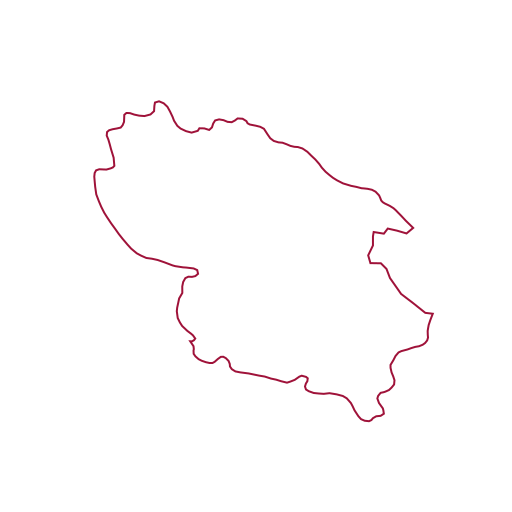 outline of Krychaw, Mogilev, Belarus, rotated 32°
{"feature_id": "67162791B56678014739115", "entity_name": "Krychaw", "entity_type": "district", "adm_level": 2, "iso_a3": "BLR", "parent_name": "Belarus", "parent_adm1": "Mogilev", "projection": "natural_earth1", "projection_center": [31.63, 53.734], "detail": "fine", "context": "isolated", "style": "outline", "palette": "rose", "viewbox_px": 512, "rotation_deg": 32, "n_neighbors": 0, "source": "geoboundaries", "source_scale": "gbopen_adm2", "svg_char_len": 3256}
<svg xmlns="http://www.w3.org/2000/svg" viewBox="0 0 512 512"><g transform="rotate(32 256 256)"><path d="M436.5,211.3L429.7,214.5L414.1,212.7L399.2,211.3L381.3,203.7L373.5,197.8L365.8,196.0L356.8,201.4L350.8,196.0L349.6,185.1L344.8,177.4L343.1,173.3L352.6,169.3L353.2,162.9L362.1,159.8L371.7,157.1L374.4,148.9L364.3,146.7L358.0,145.0L353.4,143.9L350.2,143.1L347.3,142.6L343.0,142.6L340.9,142.8L337.4,143.2L335.0,143.2L332.8,142.6L330.7,141.0L328.3,139.4L323.3,138.1L319.2,138.4L315.0,139.9L311.7,141.5L309.6,142.6L304.5,144.2L299.5,146.1L291.4,148.3L284.6,148.9L279.8,148.9L275.2,148.4L270.4,147.7L265.0,146.2L261.0,144.5L255.1,142.7L249.6,141.6L244.3,140.4L238.4,140.2L233.8,141.4L230.6,143.1L226.8,144.4L222.8,145.0L218.4,145.9L214.9,147.7L210.1,149.0L205.7,148.6L201.5,146.8L195.3,143.9L191.1,144.2L186.8,145.6L181.0,147.8L178.5,147.9L176.4,146.7L171.9,146.7L169.5,148.0L167.5,149.1L166.3,152.3L164.5,155.4L160.8,157.3L156.5,158.0L152.3,159.7L149.5,162.7L149.5,166.3L150.5,170.3L149.5,173.9L144.5,175.2L140.3,177.7L140.3,180.7L136.0,185.5L130.5,187.2L124.5,187.9L120.3,187.3L114.8,184.7L111.5,182.2L106.5,179.0L101.8,176.4L96.8,175.4L91.8,176.2L89.0,179.4L90.3,182.6L92.8,187.2L91.5,191.9L87.3,196.4L82.5,198.9L77.8,200.6L73.5,201.6L72.0,202.4L70.3,203.4L69.5,206.1L70.9,208.5L73.0,212.2L73.6,215.8L73.2,218.8L70.3,221.7L67.2,224.5L64.8,227.2L64.0,229.8L65.6,233.0L69.1,235.5L72.8,238.8L76.3,242.1L83.2,248.1L86.5,252.5L88.1,254.6L87.7,256.7L86.4,258.6L83.3,262.0L80.3,263.7L77.1,265.5L75.0,268.1L75.2,271.1L76.8,274.4L79.8,278.4L83.0,282.6L87.9,288.4L93.7,292.8L98.7,296.3L104.3,299.7L108.6,301.8L115.9,305.1L121.9,307.5L128.1,310.1L133.7,312.1L140.9,314.4L146.2,315.9L153.4,316.9L158.3,316.6L164.0,315.8L169.1,313.5L174.7,311.5L181.6,309.9L190.2,308.2L192.9,307.4L200.1,304.3L202.9,302.8L209.7,299.6L213.6,299.1L216.3,301.8L215.2,305.2L212.8,307.6L209.6,309.4L207.8,312.2L208.0,316.6L209.6,320.9L213.1,326.4L213.3,332.7L214.7,336.5L216.5,341.5L218.1,344.8L222.5,350.1L226.7,352.7L230.5,354.5L237.4,355.9L242.1,356.3L244.6,356.7L248.2,358.2L248.0,360.4L246.9,362.3L245.4,363.2L250.8,365.6L252.6,367.9L253.2,369.4L255.0,372.0L257.8,373.2L262.0,373.9L265.5,373.6L269.8,372.6L273.2,371.4L275.8,369.8L277.0,367.7L278.2,363.6L279.6,360.2L281.6,358.8L284.5,358.6L288.3,359.5L290.9,361.4L292.5,363.5L295.5,364.8L299.7,364.8L304.4,363.0L312.0,359.5L322.0,355.8L327.3,353.6L333.7,352.0L338.6,350.2L343.6,348.9L349.4,347.0L351.6,344.4L354.5,340.5L356.7,335.3L358.2,333.3L362.5,332.0L364.7,332.3L365.9,335.0L365.9,337.7L366.7,340.7L369.1,342.7L372.4,342.7L377.5,341.6L382.0,339.4L386.5,337.0L391.0,333.4L397.7,330.6L403.8,328.7L408.4,328.6L414.4,330.4L417.7,332.3L421.4,334.7L427.7,337.6L431.5,338.7L435.5,338.1L439.4,336.2L440.8,334.0L441.1,331.6L442.9,328.2L446.4,325.5L448.0,322.0L445.7,319.3L444.3,318.0L441.6,316.9L438.2,315.5L434.4,312.5L433.7,309.9L434.2,306.0L436.4,303.9L437.5,302.6L439.8,299.2L440.7,295.8L441.2,291.8L439.3,288.0L436.2,285.4L432.7,282.9L429.4,279.6L427.8,277.1L427.7,271.6L427.3,266.8L428.0,262.2L429.7,259.6L434.0,255.0L436.5,251.8L439.2,248.7L442.1,246.1L444.4,242.9L445.5,240.2L445.9,236.9L445.1,234.0L443.5,231.9L441.3,228.6L440.2,226.0L439.0,223.0L437.8,218.0L436.5,211.3Z" fill="none" stroke="#9f1239" stroke-width="2"/></g></svg>